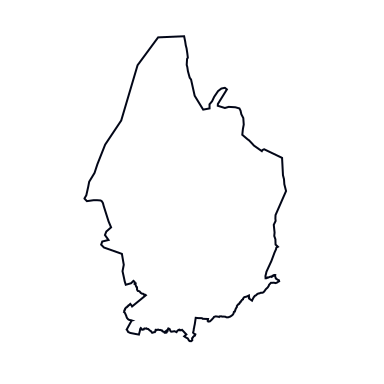 Tixtla de Guerrero, Guerrero, Mexico, rotated 12°
{"feature_id": "50627088B84888194044649", "entity_name": "Tixtla de Guerrero", "entity_type": "district", "adm_level": 2, "iso_a3": "MEX", "parent_name": "Mexico", "parent_adm1": "Guerrero", "projection": "robinson", "projection_center": [-99.344, 17.607], "detail": "fine", "context": "isolated", "style": "outline", "palette": "ink", "viewbox_px": 384, "rotation_deg": 12, "n_neighbors": 0, "source": "geoboundaries", "source_scale": "gbopen_adm2", "svg_char_len": 5915}
<svg xmlns="http://www.w3.org/2000/svg" viewBox="0 0 384 384"><g transform="rotate(12 192 192)"><path d="M273.0,139.9L253.7,135.2L252.7,135.9L252.1,136.5L251.8,137.5L242.9,133.7L241.0,132.3L236.9,129.5L235.6,129.0L229.3,125.6L228.7,119.9L228.6,115.3L226.8,109.0L224.1,105.7L222.6,102.4L221.0,100.4L216.8,100.1L210.2,101.1L206.7,103.0L199.3,102.3L199.0,100.5L204.8,84.4L202.6,83.3L202.4,83.3L199.2,84.7L196.5,87.9L193.9,94.3L192.8,99.0L190.9,102.6L191.8,106.6L185.8,109.1L174.6,97.3L167.7,82.2L166.0,80.7L162.9,74.7L161.4,70.7L160.4,68.8L159.5,62.8L160.0,61.5L158.6,57.4L156.8,52.6L155.4,49.8L154.0,46.1L151.9,41.3L126.7,47.8L112.4,79.3L107.9,136.8L97.2,163.7L93.7,184.4L92.7,193.6L89.3,203.3L89.4,208.5L89.3,217.2L88.2,220.5L88.2,220.8L89.2,221.5L89.8,221.9L91.1,222.8L97.4,220.5L100.5,219.8L104.2,219.3L105.4,219.6L106.1,220.2L107.2,221.4L108.5,224.0L116.5,238.1L120.2,243.4L116.4,248.5L115.8,252.2L120.3,256.3L114.5,259.1L114.1,262.4L117.4,264.6L136.3,267.1L140.4,277.4L140.5,283.9L143.8,291.2L144.7,293.3L146.5,296.5L151.4,293.9L153.2,291.1L154.0,291.5L154.4,291.9L154.8,292.2L154.9,293.1L155.4,293.1L155.3,293.7L155.9,293.5L155.9,293.8L156.0,294.2L156.4,295.1L156.8,295.6L156.9,295.9L157.1,296.0L157.2,296.3L158.0,296.6L158.1,297.4L158.4,298.0L158.5,298.9L158.9,299.3L159.5,300.0L160.4,300.0L161.3,300.1L161.9,300.6L162.3,300.8L162.5,301.1L162.9,301.4L163.2,301.5L163.7,301.6L164.0,301.8L164.7,301.8L165.1,301.7L165.3,301.8L165.5,301.8L166.1,302.0L166.2,302.3L166.3,302.4L166.5,302.2L166.7,302.3L167.1,302.4L167.2,302.5L167.3,302.5L167.5,302.5L167.8,302.4L167.9,302.5L168.0,302.4L168.1,302.5L168.3,302.6L157.2,316.4L156.6,315.7L154.9,314.3L154.5,314.9L154.3,315.3L154.1,315.6L153.9,315.9L153.5,316.0L153.2,316.4L153.1,317.1L152.8,317.4L152.5,317.5L152.4,317.8L152.3,318.2L152.0,318.3L151.7,318.5L151.4,319.1L151.1,319.5L150.9,319.8L150.8,320.2L150.9,320.4L151.0,320.8L150.9,321.3L150.4,321.8L150.4,322.1L150.5,322.5L150.6,323.0L150.5,323.5L150.9,323.6L151.1,323.9L151.8,324.5L152.1,325.0L153.5,326.9L153.7,327.4L154.1,328.0L154.7,328.8L155.9,329.7L156.5,330.0L157.1,330.1L158.6,330.2L159.0,330.1L159.9,330.2L159.7,330.3L157.8,336.5L157.2,338.5L156.7,340.2L157.6,340.8L158.3,341.9L158.5,342.1L158.8,342.2L160.4,342.6L161.0,342.7L166.9,342.6L169.4,342.5L169.7,342.5L169.9,338.9L169.8,337.1L169.9,336.4L170.2,335.7L170.4,335.8L171.8,337.1L172.5,336.9L172.6,336.7L172.9,336.6L173.0,336.5L173.4,336.4L173.6,335.6L174.0,335.3L175.4,335.2L175.8,334.9L176.2,335.2L177.6,335.1L177.8,335.2L178.0,335.4L178.5,335.6L179.4,336.2L180.8,336.7L180.8,336.8L181.9,337.6L182.2,338.0L182.3,338.0L182.8,337.8L183.8,337.1L184.8,336.8L185.0,336.3L185.1,334.3L185.3,334.2L186.0,334.6L187.4,333.6L188.3,333.8L188.6,333.8L189.0,333.7L189.6,333.5L190.6,333.7L191.0,333.6L191.6,333.7L191.9,334.3L192.2,334.5L192.5,334.5L192.8,334.5L193.7,334.6L194.2,335.2L194.8,335.4L196.1,334.8L196.3,334.8L196.4,334.6L195.4,333.5L195.9,332.9L196.1,332.6L197.0,332.8L197.1,330.4L197.3,330.3L198.6,330.7L198.9,331.2L199.8,332.4L200.4,332.9L201.0,332.9L203.8,331.8L206.0,332.3L206.4,331.1L207.2,330.2L207.3,329.9L207.4,329.7L208.6,329.8L208.7,329.3L209.9,329.6L210.3,329.4L210.9,328.9L216.1,332.5L214.4,334.8L216.1,335.5L217.8,336.0L218.1,336.0L218.6,336.4L219.7,337.7L220.4,338.2L220.6,338.3L221.0,338.3L221.1,338.2L221.5,338.2L222.2,338.1L222.8,337.4L223.1,337.0L223.0,336.6L222.8,336.2L222.5,335.0L222.7,334.7L223.0,334.4L223.2,333.9L223.2,333.5L223.4,333.3L223.6,332.9L223.8,332.6L224.7,331.9L225.0,329.7L224.7,330.3L224.0,330.4L223.0,329.9L222.3,329.3L222.4,327.1L222.3,326.3L222.2,325.1L222.3,324.4L222.2,323.4L222.2,320.7L221.8,314.3L224.7,314.0L227.0,313.5L228.1,313.4L228.8,313.8L234.1,312.9L234.1,314.8L234.7,315.1L234.8,315.3L235.2,315.3L236.4,314.8L237.6,313.2L239.2,310.5L239.5,309.6L241.1,308.7L244.0,308.5L244.5,308.6L244.8,308.0L245.2,307.8L246.0,307.7L246.4,307.5L246.8,307.6L247.0,307.6L247.4,307.6L247.7,307.6L248.1,307.4L248.5,307.4L248.9,307.3L250.2,307.1L250.7,307.1L251.3,307.3L251.7,307.4L252.5,307.3L252.9,307.2L253.8,306.9L254.6,306.3L255.2,306.0L256.0,305.2L257.0,304.1L257.5,303.3L257.8,302.5L257.9,302.0L257.9,300.6L258.3,300.2L258.7,300.1L258.8,299.6L258.7,299.4L258.9,298.9L258.9,297.6L259.2,297.1L259.3,296.3L259.8,295.2L259.6,294.3L259.7,294.1L259.9,293.4L260.2,293.1L260.5,292.3L260.6,292.2L260.9,292.1L261.2,291.9L261.3,291.2L261.7,291.0L262.0,289.6L262.6,289.2L262.6,288.6L263.0,288.1L263.2,287.3L264.2,286.4L264.1,286.0L264.1,285.7L264.4,285.1L264.6,284.6L265.0,284.0L267.1,283.0L269.2,281.4L269.3,281.8L269.5,282.2L269.4,282.6L269.8,283.2L269.7,283.6L270.0,283.8L270.2,284.1L270.1,284.4L273.3,285.8L273.5,284.8L274.3,281.9L274.8,281.3L274.8,280.9L275.0,280.5L276.1,279.7L276.5,279.1L276.9,278.4L277.3,278.2L277.9,277.5L278.9,277.2L279.3,277.0L279.7,276.6L280.5,276.1L281.4,276.1L282.7,275.3L283.6,273.7L284.3,272.0L284.7,271.3L285.8,269.8L286.5,268.1L286.7,266.7L288.1,264.4L289.5,264.1L291.0,263.7L292.0,263.7L292.4,263.8L292.9,263.6L293.4,263.3L294.0,262.9L294.7,262.2L295.2,261.6L295.8,261.2L295.4,260.3L295.0,260.2L294.4,260.1L294.0,260.0L293.8,259.9L293.1,259.6L292.4,259.4L291.9,259.1L291.6,258.2L291.1,257.7L290.8,257.1L290.6,256.5L290.7,256.1L290.7,255.9L290.4,255.9L289.7,256.1L289.7,256.4L289.5,256.6L289.3,256.6L289.2,256.8L289.1,257.0L288.9,257.2L288.6,257.2L288.4,257.0L288.1,257.2L288.1,257.8L287.9,257.9L287.8,258.2L287.6,258.5L287.0,258.3L286.8,258.3L286.4,258.5L285.5,259.0L284.3,259.9L284.2,259.9L283.9,259.9L283.9,260.0L283.7,260.2L283.4,260.1L283.3,260.3L283.0,260.6L282.4,260.7L282.3,260.8L282.3,261.0L281.9,261.1L281.3,258.9L281.4,256.5L281.4,255.5L281.4,254.5L284.0,243.0L285.1,235.6L285.3,234.1L286.1,230.5L286.0,229.3L286.2,228.7L287.4,227.7L285.1,226.3L284.7,226.1L284.5,225.4L283.4,220.9L281.6,217.9L281.2,214.5L278.8,207.1L279.1,205.8L279.8,202.9L279.1,200.7L278.5,197.2L283.8,171.5L280.7,165.2L279.3,160.3L277.5,156.7L273.0,139.9Z" fill="none" stroke="#020617" stroke-width="2"/></g></svg>